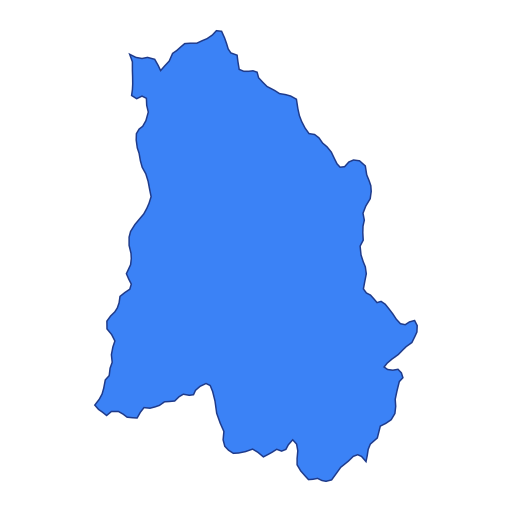 the district of Monte Belo, Minas Gerais, Brazil
{"feature_id": "56859067B81338471548268", "entity_name": "Monte Belo", "entity_type": "district", "adm_level": 2, "iso_a3": "BRA", "parent_name": "Brazil", "parent_adm1": "Minas Gerais", "projection": "equal_earth", "projection_center": [-46.327, -21.306], "detail": "fine", "context": "isolated", "style": "filled", "palette": "blue", "viewbox_px": 512, "rotation_deg": 0, "n_neighbors": 0, "source": "geoboundaries", "source_scale": "gbopen_adm2", "svg_char_len": 3019}
<svg xmlns="http://www.w3.org/2000/svg" viewBox="0 0 512 512"><path d="M221.6,31.3L216.4,30.7L212.4,35.0L207.0,38.7L202.4,40.6L196.8,43.2L190.5,43.2L184.7,43.6L180.9,46.8L176.9,50.4L172.6,53.4L169.2,61.1L164.8,65.8L160.6,70.6L158.2,65.5L154.7,59.3L147.5,57.4L142.0,58.5L135.9,57.4L129.7,54.3L132.4,61.8L132.4,70.4L132.6,76.7L132.7,84.0L132.4,89.7L131.6,95.5L136.7,98.7L142.0,96.1L146.4,98.3L146.7,105.3L148.3,112.1L145.9,120.7L142.7,126.3L139.1,129.1L136.4,133.7L136.2,140.0L137.3,147.9L139.1,153.3L140.4,160.8L142.2,167.3L145.8,173.8L148.1,181.2L149.6,189.2L151.1,196.7L149.0,203.4L146.9,208.2L143.8,213.9L139.0,219.6L135.0,224.4L130.6,231.4L129.1,237.1L129.1,245.4L131.0,253.3L131.3,258.6L130.6,264.7L128.6,269.0L126.4,273.7L128.7,279.0L131.3,284.1L129.8,289.2L124.9,292.5L120.0,296.4L119.1,302.8L117.3,308.0L114.8,311.9L110.6,316.0L106.9,321.1L107.0,328.9L111.6,334.5L114.9,341.0L112.9,346.9L111.4,354.7L112.2,362.3L110.1,368.2L109.2,375.6L105.3,379.9L103.7,388.3L102.1,394.0L99.3,399.2L94.8,405.1L98.5,409.4L102.5,412.2L106.6,415.5L111.4,411.5L118.5,411.5L123.2,414.2L127.1,417.2L132.1,417.7L137.1,418.0L140.4,412.2L144.0,407.6L150.0,408.2L155.0,406.9L159.4,405.4L164.5,401.8L169.4,401.5L174.7,401.0L179.1,396.7L183.3,394.2L189.3,395.3L193.5,394.7L195.5,390.3L200.1,386.3L206.0,383.5L210.2,385.5L212.6,391.4L215.0,401.0L216.7,413.3L220.2,423.1L223.9,431.5L223.1,439.8L224.8,446.3L228.5,450.2L233.3,453.3L238.6,453.0L245.5,451.6L252.6,449.1L257.9,452.3L263.4,456.9L268.7,454.1L272.3,452.1L276.7,449.3L281.6,451.1L285.9,449.4L288.3,444.8L292.7,439.8L296.6,444.1L297.8,450.8L297.1,458.4L297.1,464.8L300.7,470.9L305.2,476.0L308.5,479.6L312.7,479.3L317.6,478.4L321.9,480.5L326.0,481.3L331.6,479.9L336.7,472.9L340.7,467.3L344.2,464.5L348.4,461.1L353.2,456.4L357.7,454.7L361.5,456.4L366.0,461.6L367.2,455.7L368.2,449.3L370.3,444.1L373.6,441.2L377.3,438.0L378.8,432.1L380.3,426.1L385.9,423.3L391.2,419.7L394.9,413.5L395.7,406.3L395.2,399.3L397.0,390.8L399.3,381.6L402.9,377.7L401.4,372.9L398.0,369.3L392.8,370.2L387.6,369.5L384.1,367.0L387.2,363.1L391.8,359.2L398.3,354.5L402.7,350.0L406.2,346.6L411.9,342.5L415.0,336.2L416.9,332.0L417.2,325.6L414.6,320.5L409.5,321.9L405.2,324.7L400.4,323.7L396.2,319.1L392.8,313.9L388.9,308.8L385.2,304.2L381.1,301.4L377.0,302.6L374.0,299.0L370.5,295.1L366.4,293.0L363.4,288.9L364.7,281.9L366.3,273.8L365.3,266.8L363.2,261.7L361.0,254.9L360.1,246.1L363.2,240.2L362.8,232.5L363.0,226.1L364.3,220.2L363.0,213.2L365.8,206.0L370.2,198.7L371.2,191.4L370.8,185.7L369.1,180.7L366.7,174.8L365.3,165.9L359.5,160.8L353.5,160.0L348.8,162.0L344.6,166.7L340.1,167.2L337.0,163.8L334.4,158.6L331.3,152.1L327.0,146.8L322.6,143.1L319.0,137.9L314.6,134.5L309.0,133.6L305.0,128.0L301.6,121.4L299.4,115.7L297.9,108.9L296.4,99.2L290.6,96.0L285.5,94.6L279.5,93.6L274.7,90.5L270.9,88.5L267.0,86.5L262.8,82.3L258.6,77.8L257.1,72.2L253.0,70.8L248.6,71.3L243.8,71.3L239.2,69.4L237.9,61.6L237.1,55.2L230.8,52.9L228.2,49.0L226.6,43.7L224.6,38.0L221.6,31.3Z" fill="#3b82f6" stroke="#1e3a8a" stroke-width="1.5"/></svg>